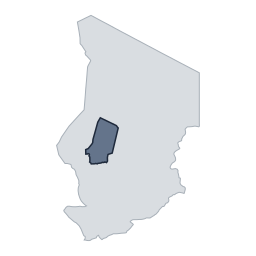 location of Barh El Gazel within Chad
{"feature_id": "TCD-5581", "entity_name": "Barh El Gazel", "entity_type": "Prefecture", "adm_level": 1, "iso_a3": "TCD", "parent_name": "Chad", "parent_adm1": "", "projection": "mercator", "projection_center": [16.439, 14.695], "detail": "fine", "context": "in_parent", "style": "filled", "palette": "slate", "viewbox_px": 256, "rotation_deg": 0, "n_neighbors": 0, "source": "natural_earth", "source_scale": "10m", "svg_char_len": 4439}
<svg xmlns="http://www.w3.org/2000/svg" viewBox="0 0 256 256"><path d="M199.3,72.8L199.3,79.2L199.3,85.6L199.3,92.0L199.3,98.3L199.3,104.7L199.3,111.0L199.3,117.3L199.3,123.6L199.4,125.7L199.2,126.5L198.8,126.8L195.6,126.2L194.2,126.2L192.2,126.6L189.3,126.8L187.5,126.8L186.2,127.9L185.1,129.2L185.6,132.3L185.5,133.3L185.1,134.4L184.2,135.3L183.4,136.0L182.8,136.7L182.2,138.1L181.7,138.7L181.7,139.6L181.6,140.5L181.0,141.0L179.7,141.4L178.8,141.8L178.1,142.5L177.7,142.9L177.9,143.6L178.2,144.5L178.4,145.9L178.6,146.7L179.2,147.3L179.6,147.8L179.8,148.4L179.4,148.9L177.7,149.9L177.1,150.2L176.3,150.7L176.0,150.9L174.8,151.9L174.2,152.7L173.9,153.4L173.9,154.4L174.6,155.8L175.2,157.1L175.5,158.0L175.6,159.0L175.6,160.0L175.2,160.8L174.6,161.6L172.4,163.0L171.2,164.6L170.3,166.4L170.1,167.5L170.4,168.2L170.8,168.7L171.5,169.0L172.5,169.1L174.1,168.8L175.6,168.6L177.3,169.3L178.1,170.9L177.8,172.0L178.4,174.1L178.9,176.6L178.9,177.5L179.1,177.8L180.1,178.0L180.4,178.6L180.0,183.0L180.5,184.3L181.2,185.1L181.9,185.6L182.7,186.2L183.1,186.6L184.0,186.7L185.0,187.5L185.3,188.6L185.2,189.6L184.6,191.9L184.1,193.4L183.6,193.3L182.4,192.9L180.9,192.6L179.2,192.3L177.5,192.9L175.7,193.7L175.1,194.3L174.6,194.7L173.8,194.6L173.1,194.7L172.7,195.3L172.0,195.9L169.4,197.2L168.8,197.7L168.5,198.1L168.5,198.6L168.8,199.7L168.8,201.0L168.2,202.0L167.5,202.8L166.7,203.0L166.1,203.2L165.7,203.6L164.3,206.0L163.7,206.5L162.5,206.4L159.1,210.0L158.7,211.0L157.5,212.5L155.9,214.2L154.4,215.0L154.3,215.3L153.9,215.6L153.1,216.0L150.0,218.0L146.4,217.9L144.8,218.7L143.2,219.1L140.9,219.5L140.2,219.4L137.3,219.6L133.8,219.6L132.5,219.8L131.3,220.6L130.3,221.3L130.2,221.5L130.3,221.8L130.3,222.0L132.7,223.7L133.3,224.5L132.7,225.3L132.4,225.4L132.0,226.1L130.6,227.9L128.4,230.1L127.3,230.8L126.9,231.2L126.3,232.6L125.9,232.8L124.5,233.0L121.5,233.2L117.5,233.7L115.1,233.8L113.6,233.7L111.4,234.7L110.7,235.0L110.2,235.0L108.1,236.0L106.4,237.5L105.7,237.8L103.3,238.5L102.3,239.5L101.8,239.6L100.3,238.2L99.2,237.0L98.7,235.7L98.6,235.3L98.3,235.4L97.4,235.9L96.7,236.6L96.3,237.8L93.8,238.6L91.6,239.3L90.6,240.2L89.1,240.6L87.2,240.5L85.7,240.1L84.2,240.0L84.9,238.9L85.2,238.1L85.2,237.0L85.1,236.4L84.2,236.0L83.7,235.5L82.4,232.3L81.1,229.1L79.2,225.8L77.2,223.8L75.8,222.5L75.3,222.4L74.6,222.0L74.0,221.6L71.4,219.4L68.6,217.0L67.9,215.9L66.5,214.2L65.0,212.5L64.2,211.7L63.8,210.3L64.9,209.0L66.0,207.4L67.4,206.3L69.2,206.2L72.2,206.7L75.4,206.8L78.6,206.5L79.5,206.3L80.3,206.3L82.0,206.7L85.0,206.6L86.5,205.9L84.9,204.8L83.1,203.1L81.4,201.1L80.4,199.4L79.5,197.1L78.6,194.3L78.1,190.7L78.2,188.6L78.4,187.2L79.3,184.8L78.7,183.4L78.9,182.3L78.8,180.6L78.5,179.7L77.3,176.9L77.1,176.6L76.1,174.7L75.6,171.5L74.4,169.3L72.6,168.3L71.5,167.1L71.1,164.8L70.4,164.3L67.4,163.5L65.0,163.5L63.2,161.0L60.9,157.8L58.8,154.8L57.4,148.8L56.6,145.3L57.5,144.3L59.3,141.8L61.5,137.1L66.5,129.8L69.1,126.1L74.2,120.5L80.5,113.6L84.1,109.8L84.7,102.7L85.3,95.2L85.7,89.5L86.3,82.7L86.8,77.0L87.1,72.9L87.6,67.0L88.0,65.9L90.5,61.2L90.7,60.6L90.3,59.8L86.7,55.9L85.6,55.0L85.0,53.0L85.9,51.8L81.6,45.2L80.6,44.3L80.1,43.5L80.1,42.3L80.0,37.7L78.9,30.5L77.4,22.0L82.4,19.6L86.2,17.7L91.0,15.4L95.5,17.8L102.0,21.3L108.5,24.7L114.9,28.2L121.4,31.7L127.9,35.1L134.4,38.6L140.9,42.0L147.4,45.5L153.9,48.9L160.4,52.4L166.9,55.8L173.4,59.2L179.8,62.6L186.3,66.0L192.8,69.4L199.3,72.8Z" fill="#d9dde1" stroke="#a8b0b8" stroke-width="1"/><path d="M89.6,162.0L89.8,161.4L89.9,161.1L89.8,157.3L89.8,157.1L89.7,157.0L89.5,156.7L89.3,156.5L89.2,156.3L89.2,156.1L89.0,155.6L89.1,155.4L89.3,155.0L89.4,154.8L89.4,154.7L89.3,154.4L89.3,154.2L89.2,154.0L89.1,153.9L88.8,153.8L88.5,153.7L88.2,153.6L87.9,153.6L87.5,154.0L87.4,154.0L85.8,154.1L85.7,149.6L88.2,148.6L91.9,144.0L92.7,142.6L93.0,139.3L94.8,133.0L97.8,122.1L100.3,117.8L116.2,125.5L116.3,125.6L116.5,125.7L117.1,126.7L118.2,128.0L112.2,153.1L108.1,154.4L108.0,154.5L107.9,154.7L107.9,154.9L107.4,157.5L107.5,160.8L107.5,161.1L107.4,161.3L106.5,162.6L105.6,162.2L104.8,162.0L104.7,162.0L104.5,162.3L104.4,162.3L103.5,162.4L103.4,162.5L103.1,162.6L102.7,162.5L102.4,162.3L102.2,162.4L101.8,162.5L101.7,162.6L101.4,162.8L101.2,162.9L101.1,163.0L97.8,163.4L97.7,163.5L97.4,163.8L97.2,163.9L96.8,163.7L96.6,163.7L96.3,163.6L96.1,163.6L95.6,163.5L95.4,163.5L95.2,163.6L94.9,163.8L94.7,163.8L91.2,163.9L90.8,163.0L90.7,162.9L89.6,162.0Z" fill="#64748b" stroke="#1e293b" stroke-width="1.5"/></svg>